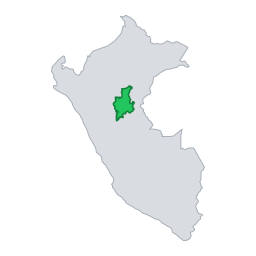 Ucayali, Loreto, Peru (highlighted)
{"feature_id": "86281439B24501043658018", "entity_name": "Ucayali", "entity_type": "district", "adm_level": 2, "iso_a3": "PER", "parent_name": "Peru", "parent_adm1": "Loreto", "projection": "mercator", "projection_center": [-75.521, -7.291], "detail": "fine", "context": "in_parent", "style": "filled", "palette": "green", "viewbox_px": 256, "rotation_deg": 0, "n_neighbors": 0, "source": "geoboundaries", "source_scale": "gbopen_adm2", "svg_char_len": 8032}
<svg xmlns="http://www.w3.org/2000/svg" viewBox="0 0 256 256"><path d="M189.0,66.1L188.9,66.9L188.0,67.3L187.1,66.8L185.7,66.9L183.7,65.1L178.9,65.4L176.8,67.5L173.7,68.0L170.2,69.0L166.3,69.4L160.2,72.8L158.7,74.2L156.0,76.2L153.7,76.9L152.6,83.1L150.4,86.7L149.5,88.8L150.7,91.7L150.7,93.2L149.4,94.4L148.4,94.6L146.3,95.8L143.2,98.6L142.6,100.7L143.6,103.5L143.3,103.8L140.7,104.4L140.7,105.9L140.2,106.5L142.4,108.7L143.6,109.3L143.7,109.8L143.5,110.4L143.0,110.7L142.9,111.2L144.5,112.8L145.7,116.2L148.0,117.8L148.0,118.9L148.7,119.9L149.9,120.7L152.6,124.1L152.7,125.6L149.8,129.2L154.6,129.2L159.8,130.4L160.6,131.0L161.2,132.6L161.3,133.7L162.3,134.5L162.2,136.5L169.2,136.5L173.6,136.0L180.9,130.0L182.1,129.5L181.4,130.8L181.4,131.8L181.7,132.8L180.9,134.3L180.8,148.9L182.2,148.1L183.9,149.4L185.1,149.5L189.1,147.9L193.7,148.1L204.5,167.3L203.6,168.6L203.6,169.6L202.3,170.4L201.0,172.0L200.9,179.6L199.8,181.9L200.4,183.2L201.0,185.6L202.0,187.1L202.3,188.0L202.2,188.4L200.6,189.2L200.5,190.6L197.9,193.4L197.4,195.2L196.4,195.8L196.2,197.9L198.6,201.4L197.1,203.4L195.6,206.4L198.1,212.8L199.1,213.7L200.1,213.7L201.7,214.2L202.6,215.2L200.6,216.4L200.3,216.9L200.5,219.0L198.3,220.6L195.4,224.7L194.6,224.9L193.1,226.1L192.9,226.7L193.1,227.3L194.4,228.5L194.5,230.0L192.4,231.8L191.0,232.0L190.4,232.5L191.0,235.0L191.0,236.1L190.5,237.4L189.5,238.9L186.4,240.4L183.5,240.6L178.7,236.9L177.2,235.4L172.4,232.2L171.7,228.9L170.1,227.3L167.1,226.1L164.8,224.4L163.1,223.6L158.8,219.9L154.8,218.7L147.5,214.8L143.5,213.5L138.4,209.8L135.7,208.9L133.5,207.2L126.9,203.6L125.8,202.4L124.8,200.6L123.3,199.6L121.7,197.1L119.2,195.7L116.8,193.8L113.9,188.7L112.5,187.6L112.4,185.3L111.5,184.2L112.9,183.4L113.8,179.9L113.3,178.1L110.0,173.3L109.3,171.3L106.9,167.6L106.0,165.4L104.0,163.8L103.2,162.4L102.1,161.8L102.0,160.1L101.3,156.9L100.2,155.3L96.3,152.3L95.9,149.0L95.0,146.7L89.6,137.5L86.5,128.7L83.8,123.8L82.7,121.0L82.6,119.5L80.7,116.9L79.6,114.5L75.2,109.9L72.6,104.8L72.3,103.3L70.5,100.5L67.7,96.9L66.3,95.5L57.8,91.0L53.8,88.2L53.4,86.9L53.6,86.0L54.5,85.3L55.7,85.9L56.4,85.6L57.0,84.6L57.0,83.1L56.2,81.2L53.5,77.4L54.2,75.7L51.5,71.4L52.1,67.2L52.8,66.1L56.9,61.8L58.0,60.0L59.8,58.9L61.6,57.2L63.7,55.9L64.3,56.3L65.0,58.6L64.9,60.1L65.5,61.8L64.0,63.3L62.4,63.0L61.7,63.4L61.5,64.1L61.7,65.3L62.2,65.8L63.4,65.8L61.7,68.0L61.9,68.5L63.0,68.9L64.1,68.3L65.3,67.0L66.0,66.9L70.1,69.1L72.0,68.8L73.5,69.8L73.7,71.4L75.7,74.5L78.8,75.3L79.3,75.0L80.0,73.9L80.7,73.7L80.9,71.9L83.5,70.1L83.9,68.8L83.6,67.9L83.6,67.2L85.2,63.1L85.7,62.7L86.1,61.4L86.8,60.6L87.7,56.0L88.4,56.0L89.1,57.1L89.9,56.8L89.5,55.8L89.6,55.4L92.6,51.7L93.5,50.9L107.8,45.9L115.0,40.7L121.2,33.4L123.2,26.0L123.9,26.5L125.1,26.4L124.7,23.4L125.0,22.0L124.9,21.6L123.0,19.8L122.2,17.9L120.5,16.8L120.6,16.3L122.4,16.8L124.0,16.6L125.4,15.4L126.5,15.5L128.8,17.1L130.5,17.3L131.1,18.5L132.8,19.3L135.2,21.9L136.3,24.6L136.2,25.1L137.2,26.6L139.6,27.3L141.9,29.3L144.3,30.0L145.4,31.8L146.0,32.4L146.3,33.4L146.0,34.7L146.3,35.3L148.1,36.4L149.6,36.5L149.9,37.0L150.8,40.0L150.2,41.6L150.5,42.4L152.4,43.2L153.0,43.8L154.6,44.0L156.9,43.3L159.6,44.2L161.8,43.9L162.8,43.7L163.8,43.0L164.6,43.0L166.8,41.1L167.4,40.9L169.7,41.8L171.7,43.1L174.1,42.8L175.1,42.0L176.9,41.6L180.1,43.2L180.8,44.0L181.6,44.1L185.0,45.7L185.7,46.4L187.4,47.0L187.8,47.5L187.7,48.1L179.7,60.6L182.2,61.7L184.5,61.0L185.7,61.9L186.6,63.9L188.4,65.2L189.0,66.1Z" fill="#d9dde1" stroke="#a8b0b8" stroke-width="1"/><path d="M116.2,115.9L116.2,116.0L116.3,116.1L116.6,116.7L116.7,117.2L116.4,117.6L116.6,117.9L116.6,118.0L116.4,118.2L116.5,118.6L116.4,118.7L116.4,118.8L116.5,119.0L116.3,119.7L116.3,119.9L116.4,120.1L116.5,120.4L116.7,120.7L116.9,120.5L117.1,120.2L117.4,120.0L117.8,119.9L118.0,119.9L118.3,119.7L118.2,119.6L118.3,119.4L118.5,119.2L118.6,118.9L118.7,118.6L118.7,118.4L118.5,118.2L118.8,118.0L118.9,117.9L119.5,117.9L119.5,117.7L119.6,117.4L119.8,117.1L120.3,116.9L120.7,116.9L120.9,117.0L121.0,117.1L121.1,117.3L121.4,117.3L121.5,117.2L121.8,117.3L122.0,117.2L122.3,117.3L122.6,117.4L122.8,117.4L122.9,117.5L123.0,117.4L123.0,117.5L123.1,117.3L122.9,117.2L122.7,117.1L122.6,116.9L122.5,116.7L122.4,116.7L122.3,116.4L122.4,116.2L122.1,116.2L122.2,115.9L122.2,115.7L122.2,115.2L122.4,115.0L122.4,114.9L122.6,114.7L122.8,114.3L122.8,114.2L123.1,114.0L123.3,114.0L123.4,113.9L123.6,113.6L124.0,113.5L124.4,113.6L124.5,113.5L124.8,113.6L125.0,113.7L125.1,113.8L125.3,113.8L125.3,113.6L125.6,113.4L125.6,113.2L125.8,112.9L125.8,112.6L125.9,112.4L125.9,112.2L126.0,112.1L126.3,112.0L126.4,111.7L127.0,111.6L127.3,111.4L127.7,111.3L128.1,111.6L128.3,111.6L128.7,112.1L128.9,112.3L129.3,112.8L129.4,113.0L129.5,113.0L129.8,112.9L130.1,112.6L130.3,112.6L130.8,112.4L131.0,112.1L131.4,111.7L131.6,111.7L132.1,111.3L132.6,111.2L132.8,110.9L132.9,110.7L133.0,110.3L133.3,109.7L133.5,109.6L133.7,109.4L134.0,109.3L133.9,109.0L133.7,108.9L133.2,108.3L133.2,108.1L133.3,108.0L133.3,107.9L133.3,107.5L133.1,107.4L132.9,107.2L132.4,106.6L132.5,106.3L132.4,106.1L132.5,105.8L132.6,105.6L132.8,105.0L133.1,104.9L133.2,104.7L133.3,104.5L133.4,104.1L133.5,104.0L133.5,103.9L133.8,103.6L133.8,103.3L133.9,103.2L134.0,103.1L134.2,102.8L134.0,102.7L134.0,102.4L133.7,102.2L133.7,101.9L133.4,101.8L133.0,101.9L132.7,101.8L132.5,102.0L132.4,102.5L132.7,102.7L132.7,103.0L132.4,103.4L131.6,103.7L131.2,103.5L130.7,103.5L130.6,103.4L130.1,103.3L130.1,103.0L129.9,102.9L129.7,102.6L129.6,102.2L129.8,102.0L129.9,101.7L129.9,101.4L129.6,101.3L129.6,101.2L130.1,100.6L130.2,100.2L130.3,100.1L130.4,99.7L130.6,99.5L130.3,99.1L130.0,98.7L129.8,98.3L129.6,98.1L129.5,97.9L129.4,97.7L129.4,97.3L129.4,96.8L129.3,96.5L129.2,96.4L129.1,96.2L128.8,96.1L128.7,95.9L128.4,94.6L128.4,94.3L128.5,93.8L128.7,93.4L129.2,92.9L129.4,92.5L129.4,91.7L129.5,91.4L129.8,90.9L129.7,90.3L130.6,89.5L130.7,89.4L130.7,89.1L130.8,88.8L131.4,88.5L131.5,88.5L131.5,88.2L131.9,88.0L131.8,87.9L131.8,87.6L131.9,87.2L131.4,86.9L131.0,86.7L130.9,86.6L130.7,86.8L130.7,87.0L130.8,87.2L131.0,87.4L131.0,87.5L130.9,87.7L130.7,87.7L130.5,87.2L130.2,87.0L130.4,86.9L130.4,86.6L130.1,86.6L130.0,86.2L129.5,85.9L129.3,86.0L128.6,86.4L128.3,86.8L128.1,87.1L127.6,87.6L126.5,88.0L125.9,88.4L125.4,88.4L125.0,88.6L124.3,88.8L123.4,88.6L122.5,88.9L121.7,89.0L121.8,89.6L122.2,89.9L122.2,90.0L122.2,90.7L122.1,91.0L121.7,91.5L121.5,91.8L121.6,92.0L121.6,92.3L121.6,92.5L121.6,92.9L121.7,93.0L121.8,93.2L121.8,93.3L122.0,93.5L122.0,94.1L122.0,94.3L122.0,94.7L122.1,95.4L122.0,96.0L122.1,96.8L121.9,97.1L121.6,97.3L121.3,97.3L121.2,97.4L121.2,97.6L120.9,97.7L120.7,97.8L120.4,97.7L120.2,97.5L120.0,97.8L119.8,97.9L119.8,98.0L119.7,98.1L119.4,97.9L119.2,97.9L119.1,98.0L119.1,97.9L119.0,98.0L118.9,97.9L118.8,98.0L118.7,97.9L118.7,97.7L118.3,97.6L117.9,97.3L117.7,97.3L117.4,97.2L117.2,97.2L116.9,97.2L116.7,97.2L116.3,97.3L116.2,97.2L116.1,97.3L116.0,97.2L115.9,97.3L115.7,97.4L115.4,97.5L115.6,97.9L115.6,98.1L115.9,98.4L115.8,98.6L115.5,98.8L115.4,99.0L115.6,99.6L115.8,99.6L115.9,99.8L116.0,100.1L115.9,100.2L115.9,100.5L115.8,100.9L115.8,101.1L115.6,101.2L115.3,101.7L115.0,101.9L114.8,102.0L114.7,102.0L114.3,102.2L114.3,102.4L114.1,102.5L114.0,103.0L113.8,103.2L113.7,103.4L113.5,103.5L113.7,103.8L113.4,104.6L113.6,105.0L114.0,105.7L114.2,105.8L114.3,105.9L114.4,106.1L114.6,106.1L114.7,106.6L114.9,106.6L115.0,106.8L115.0,107.1L114.9,107.2L115.0,107.3L114.9,107.6L114.8,108.2L114.8,108.3L114.8,108.5L115.0,108.6L115.0,109.0L115.3,109.3L115.5,109.4L115.6,109.7L115.8,109.9L115.8,110.0L116.0,110.4L115.9,110.5L116.0,110.6L116.3,110.8L116.2,110.9L116.2,111.2L116.1,111.4L116.4,111.4L116.6,111.3L116.8,111.3L117.0,111.3L117.3,111.1L117.5,111.1L117.9,111.1L118.0,111.3L118.0,111.5L118.0,111.8L117.9,112.7L117.7,112.8L117.6,112.7L117.4,112.8L117.0,112.8L116.9,112.9L116.9,113.0L116.6,113.2L116.8,113.3L116.7,113.4L116.8,113.6L116.8,113.8L116.7,114.2L116.8,114.4L116.9,114.5L117.0,114.8L117.1,115.1L117.1,115.4L117.0,115.6L116.8,115.7L116.7,115.8L116.2,115.9Z" fill="#22c55e" stroke="#15803d" stroke-width="1.5"/></svg>